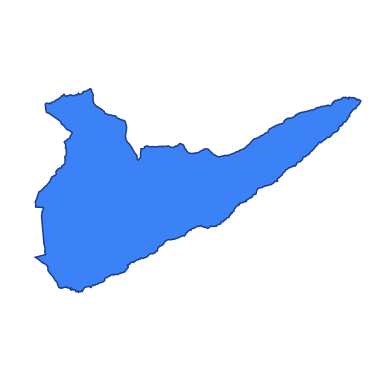 Água Clara, Mato Grosso do Sul, Brazil (Albers equal-area conic projection), rotated 277°
{"feature_id": "56859067B67958328223895", "entity_name": "Água Clara", "entity_type": "district", "adm_level": 2, "iso_a3": "BRA", "parent_name": "Brazil", "parent_adm1": "Mato Grosso do Sul", "projection": "albers", "projection_center": [-52.844, -20.147], "detail": "fine", "context": "isolated", "style": "filled", "palette": "blue", "viewbox_px": 384, "rotation_deg": 277, "n_neighbors": 0, "source": "geoboundaries", "source_scale": "gbopen_adm2", "svg_char_len": 5958}
<svg xmlns="http://www.w3.org/2000/svg" viewBox="0 0 384 384"><g transform="rotate(277 192 192)"><path d="M262.2,36.3L261.4,35.7L260.5,35.8L256.1,36.8L253.2,37.9L252.6,40.7L246.2,52.7L243.5,54.3L242.3,56.6L238.7,60.3L237.9,63.3L236.9,64.7L236.8,65.5L236.2,66.0L232.3,64.3L230.6,64.1L230.0,63.6L229.1,61.8L227.6,60.9L226.9,59.6L225.9,59.1L225.1,59.7L224.6,60.5L222.0,61.1L220.3,61.0L219.0,61.9L215.0,62.7L213.1,62.6L211.3,61.4L210.4,61.6L209.5,62.2L208.3,62.0L205.3,62.5L202.9,61.0L202.1,59.7L200.2,59.7L199.7,58.9L199.9,58.3L199.0,56.8L196.9,55.1L195.4,54.4L193.4,55.1L192.4,54.8L190.2,51.4L188.6,50.6L185.3,49.7L181.1,47.1L179.2,45.3L175.0,42.2L173.4,40.0L166.0,38.6L163.0,37.6L161.1,38.4L158.0,38.6L158.5,46.5L157.2,46.5L153.9,45.6L149.7,45.6L122.8,51.3L118.0,53.1L114.5,53.2L112.0,54.2L108.1,44.4L106.7,47.3L103.5,52.4L102.5,55.5L100.9,57.5L98.5,58.4L96.9,58.5L95.7,59.3L93.4,61.5L91.9,63.5L89.8,65.4L87.8,66.7L86.0,69.1L83.8,69.9L81.1,71.5L80.5,73.1L81.0,74.0L80.6,74.7L81.9,76.8L82.1,78.8L82.5,79.3L81.6,80.3L81.7,81.7L81.2,83.1L81.7,83.6L80.1,83.4L80.0,84.2L80.2,84.8L81.0,85.5L80.4,85.9L80.4,87.8L78.9,89.0L79.0,89.9L79.6,90.0L79.9,90.6L78.6,91.6L79.6,92.6L79.4,93.3L79.7,94.2L80.4,94.5L80.1,95.2L83.1,96.5L84.1,97.1L84.6,97.9L85.8,101.4L85.6,102.1L85.0,102.6L84.9,103.4L86.2,103.9L87.4,104.9L87.3,105.6L87.9,107.3L88.5,107.6L89.1,109.6L90.3,110.8L91.5,113.9L92.6,115.4L93.8,116.2L95.7,115.9L96.4,116.7L96.7,118.2L98.1,119.3L98.3,120.2L99.9,122.0L100.3,123.0L99.9,124.2L101.0,125.4L100.8,127.2L101.4,129.0L102.0,129.4L102.5,130.8L103.1,131.2L103.4,132.9L104.5,134.9L109.1,137.8L110.6,137.8L111.3,136.8L112.0,137.1L112.3,138.0L113.4,139.6L114.9,139.9L115.2,141.7L114.9,142.5L118.0,145.6L118.2,147.1L119.3,148.1L119.2,148.8L119.9,149.2L120.3,150.0L120.1,151.4L122.5,155.7L124.5,156.8L126.0,158.8L125.9,160.6L126.3,161.6L127.4,162.8L128.2,163.3L129.3,164.8L131.9,164.8L134.2,166.5L135.2,168.5L136.4,169.8L139.8,171.3L140.6,172.6L141.3,173.2L142.0,174.7L141.8,175.8L143.1,180.5L145.8,185.5L147.1,187.2L147.6,190.1L149.5,190.9L150.2,190.8L151.6,192.3L153.9,193.9L153.8,195.5L155.3,196.0L155.8,196.5L156.0,198.1L158.5,201.3L158.9,203.7L159.8,205.2L159.1,205.8L158.6,208.2L158.6,210.2L157.9,211.6L158.6,213.3L159.5,213.8L160.5,215.4L160.4,217.2L161.2,220.7L163.0,221.9L163.5,223.8L164.1,224.5L165.5,224.7L166.8,227.0L167.9,227.4L168.8,228.8L170.4,229.8L171.4,231.7L173.1,232.1L174.6,233.4L175.6,233.1L176.0,234.4L176.8,234.6L178.1,235.9L180.0,236.0L183.2,237.8L183.8,238.9L184.5,239.3L185.0,240.6L186.5,240.3L186.4,241.2L187.6,242.7L187.9,244.4L188.6,244.9L189.0,246.0L188.9,246.7L189.4,247.0L189.9,246.5L190.8,246.9L190.9,247.8L192.8,249.7L193.4,251.3L194.5,252.5L196.0,252.6L196.7,253.1L197.5,255.4L198.1,255.9L200.6,255.9L203.7,257.1L205.2,261.4L205.9,262.1L207.3,264.7L207.3,265.8L208.6,267.6L208.6,268.9L209.0,269.6L211.0,271.9L212.2,272.6L212.7,273.4L212.9,275.2L213.5,275.7L214.9,275.0L215.6,275.2L216.7,276.6L217.4,277.0L219.6,279.2L222.0,280.0L223.8,281.8L225.2,282.3L226.5,284.1L227.9,285.1L228.2,286.7L229.3,287.9L229.8,289.4L230.6,289.9L230.2,290.9L230.6,291.7L233.7,292.7L234.3,293.3L235.6,296.2L236.5,296.6L237.6,297.7L239.4,297.8L240.0,298.2L241.3,300.7L242.7,301.7L243.6,303.4L246.8,305.1L247.2,305.9L250.4,308.3L251.9,308.7L252.2,309.3L253.8,310.6L256.8,312.3L257.1,312.9L256.6,313.8L258.9,315.9L261.1,318.5L262.7,319.6L263.1,321.7L263.5,322.4L267.1,324.6L268.3,325.8L269.7,328.4L271.7,329.8L273.0,330.0L273.7,329.8L275.2,330.4L275.5,331.7L276.8,332.4L276.8,333.1L277.7,333.5L279.3,333.5L280.7,336.3L282.4,336.7L282.9,337.4L284.8,337.8L286.7,339.3L287.5,338.8L288.4,339.0L293.4,342.0L294.0,342.6L294.8,344.3L296.3,345.1L298.0,345.4L298.8,346.9L302.1,348.3L303.3,348.3L303.4,347.0L304.0,346.5L304.3,345.7L303.6,345.1L303.3,344.3L304.9,343.2L304.9,341.8L305.4,341.2L305.1,340.7L305.2,339.4L304.9,337.9L305.3,336.5L304.5,335.8L303.9,336.2L303.3,335.7L304.2,334.7L304.8,332.8L304.1,332.2L304.5,331.1L303.8,329.7L302.4,329.1L302.1,327.8L301.2,326.8L301.6,326.1L300.6,324.8L300.5,323.4L299.9,322.6L298.6,321.3L297.8,321.6L297.8,320.8L297.3,320.4L295.7,320.2L294.5,318.8L294.3,318.1L294.8,316.7L294.6,315.9L294.1,315.4L294.1,314.7L293.3,313.0L292.7,310.0L291.3,307.8L291.4,306.9L290.6,305.2L288.3,302.7L287.8,299.8L286.5,297.5L283.8,289.5L281.0,285.5L279.0,284.4L278.0,282.1L277.1,280.7L277.1,278.8L276.2,277.1L274.2,275.0L271.1,273.9L269.8,270.2L269.0,269.2L268.8,268.2L263.9,261.2L262.2,260.3L260.5,260.0L259.4,257.6L257.2,255.6L256.0,253.2L254.8,252.4L254.1,250.9L253.0,249.5L252.4,247.4L249.5,244.9L246.4,243.0L244.8,241.3L241.7,238.8L238.9,234.0L237.6,232.5L237.4,231.3L236.2,229.8L232.5,223.0L232.5,220.7L230.2,214.7L230.2,213.0L231.5,210.3L232.0,208.5L236.5,202.8L236.6,200.6L236.0,198.9L231.9,193.4L230.4,188.1L230.1,186.2L230.2,184.8L231.5,182.1L233.5,180.8L234.8,179.3L237.2,178.1L237.7,177.5L238.4,175.7L238.6,173.9L235.7,171.6L235.6,170.0L234.3,169.2L234.0,167.5L233.7,166.1L234.9,162.6L234.2,161.3L233.3,153.9L232.3,150.6L232.4,148.2L231.9,146.6L231.9,142.4L232.4,141.6L231.5,140.4L231.2,139.4L229.7,139.5L228.8,138.0L228.7,136.1L222.6,136.3L220.6,136.9L217.3,134.9L217.1,134.2L219.1,133.2L220.7,133.2L222.0,132.4L223.4,130.8L226.3,128.5L228.5,127.1L232.2,123.8L233.3,122.1L235.8,120.2L239.1,119.1L244.1,119.2L244.8,119.4L248.4,119.2L253.8,117.2L254.7,116.0L255.1,112.4L255.8,111.0L255.8,110.1L256.4,108.9L257.9,107.2L258.4,105.8L258.0,105.0L258.7,101.5L258.2,99.9L258.9,98.6L259.3,96.7L259.8,95.8L261.3,95.0L261.5,94.2L262.8,92.7L265.8,86.2L267.9,83.7L271.7,82.4L276.3,82.1L278.4,81.0L279.3,80.2L281.0,79.8L282.1,78.9L281.7,77.6L280.9,77.3L280.7,76.4L279.6,75.2L278.2,71.6L276.7,71.3L275.1,68.9L275.2,68.3L276.2,67.3L275.0,66.9L274.5,65.3L273.1,63.2L273.6,59.5L273.3,58.6L272.8,58.3L271.9,55.5L271.5,55.0L273.4,53.0L271.6,51.8L271.4,50.7L270.5,50.5L267.6,47.7L267.6,47.1L266.3,45.9L266.2,45.1L264.7,44.3L264.0,41.8L262.4,41.1L262.9,39.8L262.2,39.4L262.6,37.7L262.2,36.3Z" fill="#3b82f6" stroke="#1e3a8a" stroke-width="1.5"/></g></svg>